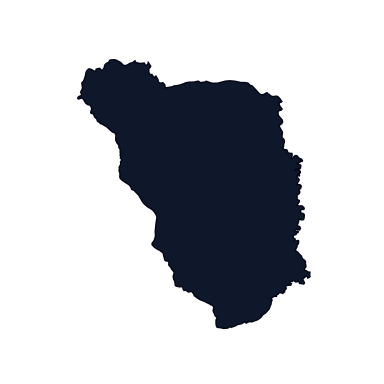 outline of Luro, Lautém, East Timor, rotated 18°
{"feature_id": "22284137B78720484995027", "entity_name": "Luro", "entity_type": "district", "adm_level": 2, "iso_a3": "TLS", "parent_name": "East Timor", "parent_adm1": "Lautém", "projection": "albers", "projection_center": [126.805, -8.55], "detail": "fine", "context": "isolated", "style": "filled", "palette": "ink", "viewbox_px": 384, "rotation_deg": 18, "n_neighbors": 0, "source": "geoboundaries", "source_scale": "gbopen_adm2", "svg_char_len": 5995}
<svg xmlns="http://www.w3.org/2000/svg" viewBox="0 0 384 384"><g transform="rotate(18 192 192)"><path d="M214.7,288.0L215.9,287.4L216.7,287.4L218.8,288.1L219.7,288.1L222.2,286.7L222.8,286.7L225.4,288.7L226.3,289.9L230.9,291.4L233.3,291.9L237.3,292.1L244.0,293.1L244.7,293.5L246.2,293.3L248.0,294.4L248.5,295.5L248.7,298.1L249.3,299.1L252.3,302.5L252.9,302.9L254.2,303.0L254.7,303.8L254.5,305.9L254.7,307.3L255.9,310.6L257.2,312.6L258.5,312.8L260.9,312.2L263.7,312.0L264.7,311.7L268.0,310.4L269.2,308.7L271.3,308.4L274.4,306.0L276.5,303.8L280.0,301.8L280.7,300.8L282.0,299.5L282.7,299.4L284.0,299.9L286.5,297.5L288.9,297.0L293.7,293.3L295.6,291.0L296.4,289.4L297.3,286.7L299.3,284.3L301.4,279.6L301.6,277.4L301.3,276.6L301.6,276.0L301.8,274.7L301.3,271.6L301.5,270.0L300.8,269.9L300.3,269.1L300.9,267.4L302.6,265.6L304.5,265.2L304.1,264.3L304.4,263.6L305.4,262.8L305.3,262.0L306.3,260.9L308.0,260.2L309.7,260.4L309.9,259.7L311.0,258.3L310.6,257.6L310.6,256.4L311.4,254.9L311.1,254.0L310.2,253.1L310.0,252.3L313.2,250.5L314.6,250.1L314.8,249.4L314.9,248.5L313.1,247.9L312.9,247.0L313.4,246.5L314.0,246.2L314.8,246.2L315.4,244.9L317.0,245.0L318.6,245.5L319.1,245.0L321.5,244.2L322.2,244.7L322.5,245.6L326.6,245.0L327.1,244.0L326.6,243.1L324.5,241.3L324.4,240.3L326.2,237.0L327.0,236.3L328.7,238.0L329.9,236.9L330.4,235.8L329.6,234.9L328.9,231.9L327.0,232.2L324.9,231.6L323.4,231.7L322.9,231.4L322.7,230.4L323.3,227.9L323.2,227.2L321.8,224.8L321.5,223.2L320.4,222.3L317.9,221.5L316.8,220.6L315.8,219.1L313.0,217.8L311.4,216.6L309.1,216.1L308.5,215.5L308.3,213.9L308.8,211.6L308.4,211.0L308.2,210.1L309.1,208.5L308.6,205.7L308.0,205.3L305.7,206.7L304.9,207.0L304.4,206.8L304.8,205.1L304.1,204.6L303.2,204.6L302.5,204.2L302.0,203.1L302.0,201.9L302.4,201.0L303.7,200.6L304.1,199.9L304.0,198.9L305.3,197.7L305.3,196.8L304.6,196.6L302.4,197.7L301.7,197.3L301.8,196.3L302.2,195.7L303.3,195.0L306.1,194.8L306.3,193.1L305.6,192.1L304.8,191.6L303.0,191.8L302.4,190.8L302.5,187.9L302.2,185.1L302.4,184.5L304.3,184.7L305.5,184.4L306.2,184.0L306.6,183.3L306.6,182.2L305.8,179.1L305.2,178.4L303.8,178.1L302.7,178.5L301.9,178.4L301.0,176.1L300.4,175.7L300.9,175.1L303.3,174.1L303.9,173.3L303.6,172.7L302.9,172.1L301.1,171.3L300.3,171.4L297.9,172.4L296.0,172.0L296.3,170.5L296.7,169.5L297.0,167.5L296.6,166.9L295.1,166.9L293.9,165.9L293.5,164.1L292.9,163.2L292.9,162.5L294.2,160.8L294.5,159.8L294.6,159.1L294.2,158.2L293.2,157.1L293.3,156.1L294.1,155.3L294.1,152.8L293.7,152.2L292.4,151.8L289.5,152.2L289.4,150.8L290.2,147.7L290.0,146.9L288.8,146.4L286.7,144.7L286.8,143.9L289.1,143.5L289.0,142.7L287.9,142.0L288.0,141.3L288.6,141.0L289.0,140.1L288.8,139.5L287.9,138.5L287.3,138.2L286.4,138.2L284.3,139.2L283.3,139.4L284.3,137.3L286.9,136.7L287.6,136.3L287.7,135.5L287.3,134.7L287.5,133.5L287.1,133.0L286.2,132.8L284.4,133.0L283.2,132.8L286.4,129.1L287.4,128.5L287.2,127.9L285.9,126.9L284.0,126.9L283.0,126.6L281.0,125.3L280.1,125.1L279.3,125.4L278.3,126.2L277.1,129.2L276.1,129.1L275.7,128.2L276.0,126.7L275.2,124.5L271.7,125.2L271.0,124.9L269.6,123.0L269.0,122.7L265.9,123.2L265.1,122.2L264.8,121.0L264.9,120.0L264.4,118.4L264.4,116.3L264.0,114.7L262.7,113.3L260.8,112.6L260.1,110.5L259.8,108.3L259.4,107.1L255.9,103.9L254.4,102.2L254.6,101.2L256.1,99.5L256.5,97.6L256.2,96.8L255.3,95.5L250.8,92.8L249.4,90.7L249.1,89.3L249.5,88.0L250.0,87.4L251.3,86.7L252.0,85.8L251.7,85.0L249.3,83.5L247.9,81.9L247.6,81.2L247.4,80.6L247.9,79.6L248.7,79.3L249.5,78.2L246.4,75.9L244.0,74.7L242.3,74.9L240.1,76.1L238.4,76.4L236.8,76.2L235.2,75.3L234.2,75.5L233.1,74.5L232.2,74.7L230.5,76.7L229.6,77.4L228.0,78.1L227.3,78.2L225.6,77.7L216.8,72.7L215.3,72.5L214.0,72.6L212.8,71.7L211.7,71.2L208.8,71.5L204.7,72.8L199.0,73.4L196.0,74.0L193.3,74.7L189.5,76.3L183.0,80.5L178.8,82.0L176.1,82.5L171.3,82.3L169.7,83.8L166.6,85.2L165.7,85.4L164.8,84.9L163.8,84.7L162.0,85.6L160.2,86.8L154.8,88.7L152.3,90.1L150.2,92.0L147.0,94.3L144.0,96.0L142.3,96.5L140.9,98.0L135.5,100.8L134.1,100.7L132.7,98.2L130.4,97.1L129.5,97.8L127.9,98.3L126.4,98.0L125.5,96.9L124.9,95.6L121.8,92.9L121.4,93.3L121.3,94.4L120.6,95.1L117.6,92.7L115.8,93.2L115.0,92.8L113.7,91.1L112.9,88.2L113.1,87.4L113.8,86.0L113.8,85.1L110.4,82.4L110.5,83.9L110.2,84.8L109.5,85.6L108.7,85.7L107.8,85.3L106.8,84.1L103.3,85.7L99.4,86.2L98.6,86.2L97.2,84.9L95.6,87.3L93.0,89.0L91.6,90.9L89.1,92.7L87.4,92.6L84.0,90.9L79.4,90.1L77.3,90.2L73.6,91.7L73.1,92.2L72.6,94.6L71.0,96.0L70.0,97.6L69.9,99.2L70.1,101.1L69.5,103.4L68.9,104.0L67.7,104.0L66.3,103.0L65.6,103.1L63.0,104.7L63.0,107.0L61.9,107.3L58.6,106.6L56.4,106.6L55.6,107.0L54.5,109.4L54.3,111.0L54.8,114.7L54.8,118.1L54.6,120.2L53.7,121.7L53.6,122.5L55.8,126.9L55.8,128.3L55.4,130.3L55.4,131.6L57.0,133.5L57.0,134.4L55.0,136.1L54.4,137.1L54.3,137.8L54.6,138.4L55.3,138.6L57.4,137.0L58.7,136.7L60.0,137.2L63.6,140.4L66.1,141.1L68.3,140.8L70.9,143.3L71.1,147.7L71.6,148.2L72.7,148.3L73.7,147.8L76.2,150.7L79.0,152.0L80.1,153.7L80.6,154.0L82.3,154.3L83.7,155.2L85.0,155.1L90.7,156.3L96.8,159.1L98.6,159.6L101.0,159.6L101.2,160.5L102.3,161.6L102.7,163.8L103.5,166.3L105.3,168.3L108.0,170.1L108.9,172.4L110.1,173.1L111.0,174.7L111.3,176.3L112.0,177.2L112.3,179.2L113.1,179.9L113.4,181.8L114.8,182.6L115.3,183.3L114.8,185.5L115.7,187.7L115.1,190.9L115.8,192.5L116.0,194.2L117.3,195.8L118.2,197.8L118.5,199.4L119.3,200.9L121.1,202.0L124.7,203.2L129.9,204.5L132.2,206.0L133.8,208.1L136.4,208.3L142.4,211.5L147.7,216.3L149.4,217.5L150.8,218.3L154.7,219.9L157.8,220.5L160.4,221.4L162.2,222.4L164.7,224.5L166.5,226.6L167.4,232.3L169.2,240.7L170.9,245.1L171.1,249.2L170.6,251.4L170.0,252.6L170.2,254.3L173.1,256.0L176.8,257.1L179.4,257.4L183.3,258.9L183.8,259.4L184.9,261.6L186.1,263.2L187.0,265.0L188.6,265.6L191.2,265.0L191.9,266.3L192.4,268.4L193.2,269.1L195.0,270.1L196.9,271.9L199.3,273.3L199.8,274.0L200.3,275.7L200.1,277.3L200.2,278.1L201.7,280.9L202.7,281.6L203.3,282.3L204.9,285.8L205.4,286.2L206.6,286.3L209.6,286.0L211.8,285.0L212.4,285.2L214.0,287.6L214.7,288.0Z" fill="#0f172a" stroke="#020617" stroke-width="1.5"/></g></svg>